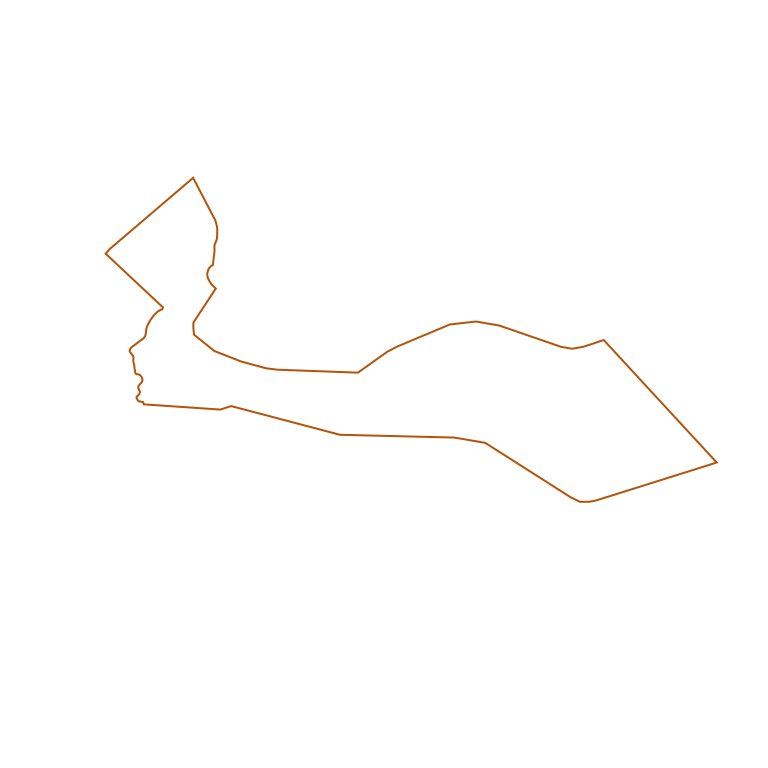 the border of Al Jizah, rotated 226°
{"feature_id": "EGY-1544", "entity_name": "Al Jizah", "entity_type": "Governorate", "adm_level": 1, "iso_a3": "EGY", "parent_name": "Egypt", "parent_adm1": "", "projection": "orthographic", "projection_center": [30.712, 29.007], "detail": "fine", "context": "isolated", "style": "outline", "palette": "amber", "viewbox_px": 768, "rotation_deg": 226, "n_neighbors": 0, "source": "natural_earth", "source_scale": "10m", "svg_char_len": 1413}
<svg xmlns="http://www.w3.org/2000/svg" viewBox="0 0 768 768"><g transform="rotate(226 384 384)"><path d="M401.7,419.7L381.1,472.7L365.0,493.6L346.0,507.5L287.7,537.2L278.7,543.8L272.3,553.2L263.0,572.6L96.4,568.8L153.4,454.7L157.0,449.5L163.0,443.2L172.3,439.7L271.4,415.9L296.7,397.3L378.1,317.0L474.3,258.7L479.3,248.5L536.2,197.1L538.4,198.1L542.3,195.4L545.5,196.2L546.4,196.7L546.6,198.0L546.6,199.6L546.8,201.0L547.7,203.0L548.0,203.1L549.2,203.5L550.6,203.9L552.0,204.6L552.2,205.0L552.9,205.6L553.3,207.1L553.5,210.2L554.0,212.3L555.6,213.8L557.7,214.6L560.2,214.6L561.2,214.2L562.9,212.9L564.0,212.6L565.0,212.9L566.6,214.3L568.1,215.0L571.1,217.5L572.6,218.3L574.5,219.4L577.1,222.2L578.7,223.0L583.5,223.5L584.7,224.2L585.4,225.3L585.7,226.7L585.8,228.0L583.9,243.1L584.4,245.7L585.8,247.8L588.9,251.5L590.7,255.1L592.3,260.5L593.3,266.4L593.3,271.8L592.5,274.7L591.7,276.4L592.7,278.2L671.1,274.3L671.6,280.9L664.9,389.9L619.1,376.4L616.8,375.3L613.1,373.1L610.7,371.2L605.7,366.1L604.3,364.2L603.7,363.2L602.0,359.3L601.1,358.0L600.2,357.0L597.6,354.7L588.5,343.6L588.8,342.0L589.0,340.8L588.9,339.3L588.6,337.9L588.0,336.5L586.8,334.4L585.9,333.3L584.9,332.4L583.8,331.6L581.9,330.7L578.2,329.6L575.1,329.1L569.5,329.3L560.6,289.6L557.1,286.1L551.4,281.6L525.6,284.9L499.7,296.7L477.3,310.0L468.3,317.3L410.3,373.1L404.9,408.9L401.7,419.7Z" fill="none" stroke="#b45309" stroke-width="2"/></g></svg>